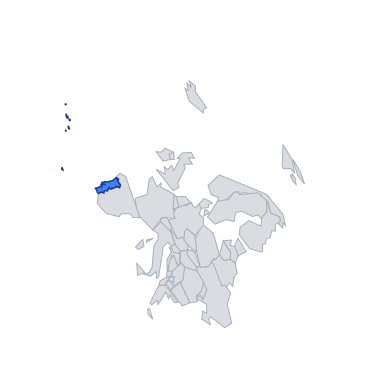 Portugal highlighted on a map of Europe, rotated 63°
{"feature_id": "PRT", "entity_name": "Portugal", "entity_type": "country or territory", "adm_level": 0, "iso_a3": "PRT", "parent_name": "Europe", "parent_adm1": "", "projection": "robinson", "projection_center": [-13.235, 37.393], "detail": "fine", "context": "in_parent", "style": "filled", "palette": "blue", "viewbox_px": 384, "rotation_deg": 63, "n_neighbors": 37, "source": "natural_earth", "source_scale": "50m", "svg_char_len": 10251}
<svg xmlns="http://www.w3.org/2000/svg" viewBox="0 0 384 384"><g transform="rotate(63 192 192)"><path d="M191.3,89.5L208.3,88.1L222.1,92.0L215.9,93.4L213.0,99.7L209.7,99.8L191.3,89.5ZM265.2,127.6L258.2,129.7L258.4,126.8L253.9,125.2L246.7,131.4L234.9,128.4L231.8,132.4L225.7,131.8L215.3,147.6L216.0,150.8L212.8,150.7L211.4,154.8L215.2,168.0L211.8,173.6L209.0,170.9L203.0,176.1L193.4,174.8L189.1,159.9L228.0,126.6L253.5,121.1L264.3,124.0L260.8,125.1L265.2,127.6ZM236.1,88.1L225.4,90.4L209.0,87.3L223.2,86.3L236.1,88.1ZM232.6,95.9L227.1,97.4L221.8,96.6L223.4,95.6L221.2,94.5L226.6,93.8L232.6,95.9Z" fill="#d9dde1" stroke="#a8b0b8" stroke-width="1"/><path d="M185.9,209.0L207.8,219.0L201.1,229.8L207.9,244.3L186.6,250.8L171.8,245.6L173.8,233.2L160.8,224.0L160.3,220.5L171.4,220.7L169.9,215.4L173.6,217.4L185.9,209.0ZM214.1,254.4L215.8,247.6L216.0,255.4L214.1,254.4Z" fill="#d9dde1" stroke="#a8b0b8" stroke-width="1"/><path d="M211.8,173.6L215.3,162.8L211.4,154.8L212.8,150.7L216.0,150.8L222.4,134.1L233.3,129.5L243.9,134.4L247.5,142.4L242.4,143.6L241.3,149.2L231.5,156.5L230.5,162.6L237.4,168.1L232.0,174.3L231.1,186.1L221.3,189.4L211.8,173.6Z" fill="#d9dde1" stroke="#a8b0b8" stroke-width="1"/><path d="M274.7,185.8L285.1,188.6L285.7,191.9L294.5,198.7L289.8,200.0L292.8,204.5L289.3,208.2L263.1,207.0L260.5,196.1L267.5,194.4L269.4,188.3L274.7,185.8Z" fill="#d9dde1" stroke="#a8b0b8" stroke-width="1"/><path d="M312.6,234.9L318.6,235.8L309.7,241.1L303.1,236.5L306.9,234.0L298.6,229.9L288.7,236.6L288.2,231.2L292.7,231.3L285.8,223.2L271.8,225.0L260.7,221.8L265.7,212.3L263.1,207.0L266.5,205.5L289.3,208.2L289.7,204.8L299.7,203.5L308.0,211.6L326.8,216.2L327.8,224.3L311.7,232.0L312.6,234.9Z" fill="#d9dde1" stroke="#a8b0b8" stroke-width="1"/><path d="M260.5,196.1L262.9,201.8L260.9,202.7L265.8,211.0L262.8,218.9L237.0,212.3L227.2,200.5L226.8,196.8L238.5,191.8L260.5,196.1Z" fill="#d9dde1" stroke="#a8b0b8" stroke-width="1"/><path d="M241.7,223.2L239.1,230.0L234.0,231.2L214.0,228.0L226.9,226.3L228.5,219.6L239.4,220.1L241.7,223.2Z" fill="#d9dde1" stroke="#a8b0b8" stroke-width="1"/><path d="M260.7,221.8L263.5,224.3L258.4,231.8L249.1,234.4L239.7,229.2L241.7,223.2L260.7,221.8Z" fill="#d9dde1" stroke="#a8b0b8" stroke-width="1"/><path d="M277.9,222.7L285.8,223.2L292.7,231.3L288.2,231.2L286.8,235.7L285.0,229.4L277.9,222.7Z" fill="#d9dde1" stroke="#a8b0b8" stroke-width="1"/><path d="M286.8,235.7L292.2,236.6L289.7,244.2L267.9,243.7L255.5,232.7L265.0,223.3L277.9,222.7L285.0,229.4L286.8,235.7Z" fill="#d9dde1" stroke="#a8b0b8" stroke-width="1"/><path d="M269.4,188.3L267.5,194.4L260.5,196.1L249.6,186.4L262.7,184.9L269.4,188.3Z" fill="#d9dde1" stroke="#a8b0b8" stroke-width="1"/><path d="M269.9,179.9L274.7,185.8L269.4,188.3L262.7,184.9L249.6,186.4L252.8,178.6L256.5,182.0L261.8,177.6L269.9,179.9Z" fill="#d9dde1" stroke="#a8b0b8" stroke-width="1"/><path d="M269.7,170.8L269.9,179.9L259.1,178.4L254.1,172.1L269.7,170.8Z" fill="#d9dde1" stroke="#a8b0b8" stroke-width="1"/><path d="M226.8,196.8L232.1,209.2L222.5,213.1L228.5,219.6L226.9,226.3L206.1,225.6L207.8,219.0L202.3,218.1L199.5,213.7L198.4,205.7L201.3,204.0L201.4,197.1L205.2,197.9L207.4,195.6L205.8,191.2L210.8,191.2L215.1,195.7L220.5,193.5L226.8,196.8Z" fill="#d9dde1" stroke="#a8b0b8" stroke-width="1"/><path d="M266.4,241.7L267.9,243.7L289.7,244.2L289.1,252.4L269.9,255.6L266.4,241.7Z" fill="#d9dde1" stroke="#a8b0b8" stroke-width="1"/><path d="M287.5,284.8L281.4,286.6L276.3,284.9L276.7,282.8L287.5,284.8ZM262.6,258.0L284.0,254.5L282.5,258.1L273.4,258.7L276.6,261.4L269.4,260.8L276.8,273.4L272.9,272.1L274.1,279.3L271.4,279.4L260.1,263.8L262.6,258.0Z" fill="#d9dde1" stroke="#a8b0b8" stroke-width="1"/><path d="M262.6,258.0L260.1,263.8L256.7,260.8L256.3,249.1L262.6,258.0Z" fill="#d9dde1" stroke="#a8b0b8" stroke-width="1"/><path d="M241.3,230.9L253.1,236.9L239.4,238.9L251.4,250.1L241.2,245.2L235.9,237.6L231.1,237.4L241.3,230.9Z" fill="#d9dde1" stroke="#a8b0b8" stroke-width="1"/><path d="M214.2,226.0L217.7,231.0L206.3,234.3L201.3,232.0L203.4,226.0L214.2,226.0Z" fill="#d9dde1" stroke="#a8b0b8" stroke-width="1"/><path d="M198.6,213.9L200.4,216.8L198.4,216.5L198.6,213.9Z" fill="#d9dde1" stroke="#a8b0b8" stroke-width="1"/><path d="M199.6,210.6L198.4,216.5L185.9,209.0L194.8,207.5L199.6,210.6Z" fill="#d9dde1" stroke="#a8b0b8" stroke-width="1"/><path d="M200.8,198.1L199.6,210.6L188.8,208.1L193.0,199.9L200.8,198.1Z" fill="#d9dde1" stroke="#a8b0b8" stroke-width="1"/><path d="M151.0,276.1L150.5,263.8L154.7,255.4L147.2,251.1L144.2,253.0L142.7,247.5L148.1,244.0L191.1,250.1L188.0,256.1L183.0,257.1L179.2,265.4L180.9,268.1L172.3,278.1L159.4,281.7L151.0,276.1Z" fill="#d9dde1" stroke="#a8b0b8" stroke-width="1"/><path d="M153.2,196.3L151.4,203.8L139.8,205.8L142.6,201.0L140.6,196.3L148.1,190.5L148.2,195.4L153.2,196.3Z" fill="#d9dde1" stroke="#a8b0b8" stroke-width="1"/><path d="M217.8,229.0L230.8,230.9L231.9,235.2L225.9,236.2L227.6,242.4L252.6,260.3L252.6,262.9L246.6,259.9L248.2,267.3L243.3,272.2L244.4,267.0L241.1,261.8L223.1,250.7L218.5,243.2L213.2,241.1L207.9,244.3L204.5,233.3L217.8,229.0ZM230.4,273.6L242.4,270.6L241.6,278.4L230.4,273.6ZM212.0,257.5L218.7,259.6L218.7,266.0L215.4,267.3L212.0,257.5Z" fill="#d9dde1" stroke="#a8b0b8" stroke-width="1"/><path d="M210.8,191.2L205.8,191.2L203.2,184.1L211.1,178.7L210.6,182.5L213.2,184.5L210.8,191.2ZM218.7,186.0L218.7,192.0L214.5,189.4L213.7,187.5L218.7,186.0Z" fill="#d9dde1" stroke="#a8b0b8" stroke-width="1"/><path d="M153.2,196.3L148.2,195.4L148.1,190.5L155.0,193.1L153.2,196.3ZM164.6,198.5L156.9,187.5L155.1,189.7L152.8,183.0L156.3,174.7L163.3,174.6L159.9,179.5L167.2,178.9L163.7,186.7L167.4,187.0L177.7,200.7L182.2,201.6L181.9,208.3L155.5,213.6L164.0,207.7L157.0,205.1L160.8,203.6L159.2,198.1L164.6,198.5Z" fill="#d9dde1" stroke="#a8b0b8" stroke-width="1"/><path d="M123.7,140.6L122.9,143.3L126.6,146.1L109.8,153.2L96.4,151.2L99.8,149.3L92.8,147.1L98.6,145.1L91.9,144.1L99.2,140.8L104.0,143.6L123.7,140.6Z" fill="#d9dde1" stroke="#a8b0b8" stroke-width="1"/><path d="M230.8,230.9L239.7,229.2L241.3,230.9L237.3,235.9L231.1,235.6L230.8,230.9Z" fill="#d9dde1" stroke="#a8b0b8" stroke-width="1"/><path d="M258.4,126.8L258.7,132.6L264.6,135.4L262.8,138.5L268.2,143.3L267.3,146.9L271.4,150.1L270.9,153.0L276.9,156.0L276.4,158.2L268.7,166.3L251.7,169.2L245.4,165.3L243.2,154.5L253.6,146.2L246.0,140.8L243.9,134.4L233.3,129.5L246.7,131.4L253.9,125.2L258.4,126.8Z" fill="#d9dde1" stroke="#a8b0b8" stroke-width="1"/><path d="M261.9,218.6L260.0,222.3L245.3,224.9L241.1,221.6L246.6,216.7L261.9,218.6Z" fill="#d9dde1" stroke="#a8b0b8" stroke-width="1"/><path d="M232.1,209.2L242.1,212.6L247.7,216.7L231.5,221.2L224.0,216.5L222.5,213.1L232.1,209.2Z" fill="#d9dde1" stroke="#a8b0b8" stroke-width="1"/><path d="M251.7,249.3L242.6,242.6L239.9,236.9L253.3,238.7L254.5,244.9L251.7,249.3Z" fill="#d9dde1" stroke="#a8b0b8" stroke-width="1"/><path d="M266.8,250.9L269.9,255.6L260.8,256.8L260.7,252.2L266.8,250.9Z" fill="#d9dde1" stroke="#a8b0b8" stroke-width="1"/><path d="M250.4,233.7L255.5,232.7L266.3,240.0L267.4,250.2L263.8,251.2L260.0,246.3L258.2,248.5L253.6,245.1L250.4,233.7Z" fill="#d9dde1" stroke="#a8b0b8" stroke-width="1"/><path d="M257.6,249.6L255.4,253.0L251.4,250.1L253.6,245.1L257.6,249.6Z" fill="#d9dde1" stroke="#a8b0b8" stroke-width="1"/><path d="M260.2,253.1L257.6,249.6L259.4,246.6L264.2,249.1L260.2,253.1Z" fill="#d9dde1" stroke="#a8b0b8" stroke-width="1"/><path d="M145.2,252.7L145.6,252.4L146.0,252.2L147.0,251.9L147.4,251.8L147.5,251.9L147.6,252.1L147.8,252.3L147.4,252.8L147.6,253.2L147.6,253.3L147.9,253.3L148.3,253.1L148.6,253.0L149.5,253.0L149.8,253.1L150.2,253.2L150.6,253.2L151.1,253.1L151.4,252.9L151.4,252.6L151.5,252.6L151.8,252.6L152.1,252.7L152.7,252.7L152.8,252.6L153.1,252.6L153.3,252.7L153.7,252.7L153.8,252.8L153.9,253.0L154.0,253.4L153.9,253.8L154.0,254.0L154.6,254.0L154.9,254.1L155.2,254.3L155.3,254.5L155.2,254.7L155.0,255.0L154.6,255.4L154.0,255.8L153.5,256.2L153.2,256.7L152.8,256.9L152.6,257.0L152.9,257.8L153.0,258.3L153.1,258.9L153.0,259.1L153.0,259.7L153.0,259.9L153.0,260.0L153.1,260.4L153.0,260.6L152.6,260.8L152.4,261.0L152.3,261.3L152.8,261.8L152.8,262.3L152.6,263.0L152.3,263.4L152.0,263.6L150.7,263.6L150.4,263.7L150.7,264.3L151.1,264.6L151.3,265.2L151.9,266.2L152.4,266.3L152.6,266.6L152.5,266.9L152.4,267.3L152.1,267.7L151.7,268.0L151.5,268.6L151.4,269.0L151.3,269.3L151.3,269.5L152.2,270.8L152.8,270.8L152.7,271.1L152.6,271.5L152.4,271.6L151.9,271.7L151.5,272.2L151.2,272.7L150.9,273.0L150.7,273.7L150.7,274.0L150.9,274.5L151.1,275.7L150.8,275.7L149.4,276.5L149.0,276.5L148.2,276.2L146.8,276.1L146.4,276.0L145.8,276.2L145.4,276.2L145.0,276.5L144.8,276.4L145.0,275.7L145.5,274.5L145.4,273.7L145.5,273.0L145.4,272.3L145.2,271.9L145.5,270.8L145.4,270.3L145.1,269.5L146.0,269.7L145.7,269.4L145.5,269.2L145.2,269.2L144.3,269.5L143.9,269.6L143.8,269.1L143.6,268.5L143.9,268.4L144.3,268.3L144.5,268.1L144.7,267.8L144.6,267.3L144.9,266.9L145.4,266.5L145.1,266.5L144.8,266.8L144.3,267.7L144.1,268.1L143.6,268.3L143.2,268.3L142.7,268.2L142.7,267.8L142.7,267.6L142.9,267.1L143.0,266.3L143.2,265.7L143.1,265.2L143.3,265.0L143.6,264.8L144.0,264.2L144.5,262.9L145.2,261.5L145.1,261.3L145.0,261.2L145.0,260.8L145.4,259.1L145.5,258.9L145.7,258.4L145.7,257.6L145.8,257.1L145.8,256.8L145.7,256.5L145.4,255.9L145.2,254.5L145.1,254.1L145.3,253.9L145.0,253.8L144.8,253.5L144.8,253.2L145.2,252.7ZM78.2,272.5L78.5,272.5L79.7,272.4L80.1,272.5L80.0,272.8L79.8,273.0L79.0,273.1L77.8,272.9L77.5,272.6L77.4,272.3L77.4,272.2L77.7,272.1L78.2,272.5ZM111.7,296.6L112.2,296.8L112.7,296.7L113.4,297.1L113.7,297.1L113.4,297.4L113.1,297.7L112.3,297.6L111.7,297.3L111.5,297.1L111.4,296.9L111.7,296.6ZM68.4,269.5L68.7,269.7L68.2,269.8L67.6,269.7L67.2,269.7L66.9,269.5L66.8,269.2L67.0,269.0L67.4,269.0L68.4,269.5ZM72.7,268.6L71.8,268.5L71.6,268.3L71.5,268.0L71.6,267.9L72.0,267.8L72.5,267.9L72.9,268.1L72.8,268.4L72.7,268.6ZM69.9,269.0L69.7,269.1L68.7,268.7L68.3,268.5L67.8,268.1L69.2,268.6L69.9,269.0ZM56.8,264.9L56.6,265.1L56.3,265.0L56.2,265.0L56.3,264.5L56.6,264.3L56.8,264.5L56.8,264.9ZM66.4,269.2L66.0,269.2L65.7,268.8L66.2,268.6L66.4,268.7L66.5,268.9L66.6,269.0L66.4,269.2ZM80.5,276.7L80.5,276.8L80.3,276.8L80.0,276.8L79.8,276.6L80.0,276.5L80.3,276.4L80.4,276.6L80.5,276.7Z" fill="#3b82f6" stroke="#1e3a8a" stroke-width="1.5"/></g></svg>